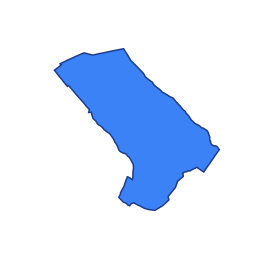 outline of Sanislau, Satu Mare, Romania, rotated 206°
{"feature_id": "2599482B43386440731502", "entity_name": "Sanislau", "entity_type": "district", "adm_level": 2, "iso_a3": "ROU", "parent_name": "Romania", "parent_adm1": "Satu Mare", "projection": "mercator", "projection_center": [22.273, 47.65], "detail": "fine", "context": "isolated", "style": "filled", "palette": "blue", "viewbox_px": 256, "rotation_deg": 206, "n_neighbors": 0, "source": "geoboundaries", "source_scale": "gbopen_adm2", "svg_char_len": 5575}
<svg xmlns="http://www.w3.org/2000/svg" viewBox="0 0 256 256"><g transform="rotate(206 128 128)"><path d="M217.3,155.9L217.2,155.8L215.6,155.5L218.3,149.9L219.5,147.7L218.4,147.2L216.4,146.2L212.5,144.3L211.1,143.6L209.8,143.1L208.1,142.3L207.0,141.7L206.0,141.2L205.9,141.2L202.9,139.8L200.8,138.9L200.4,140.0L198.9,139.6L196.7,138.7L193.2,137.2L193.3,137.2L192.4,136.7L192.1,136.7L190.2,135.8L187.8,134.8L186.5,134.3L179.5,131.4L178.2,130.8L176.4,129.9L175.5,129.5L174.2,129.0L171.5,127.9L171.2,127.8L170.8,127.7L170.6,126.8L170.1,124.7L168.9,125.5L168.7,125.6L168.4,125.8L167.8,126.1L166.7,124.5L166.4,124.2L165.3,123.0L164.6,122.3L164.1,121.6L163.9,121.5L163.7,121.3L163.5,121.2L163.2,121.1L162.5,120.9L161.3,120.6L160.8,120.4L160.1,120.2L159.2,119.7L158.8,119.5L158.5,119.4L158.3,119.2L158.1,119.0L157.9,118.7L157.7,118.5L157.5,118.4L157.2,118.3L156.9,118.2L156.6,118.2L155.8,118.0L155.3,117.9L154.5,117.9L153.6,117.8L152.9,117.7L152.1,117.5L151.1,117.2L150.3,116.8L149.3,116.3L148.5,116.0L147.2,115.7L146.4,115.6L145.0,115.3L143.3,115.1L142.2,114.8L141.7,114.7L140.8,114.3L140.3,114.1L139.2,113.4L136.1,111.6L135.4,111.1L135.0,110.7L133.9,109.7L132.8,109.1L131.4,108.4L130.3,107.7L130.0,107.4L129.6,107.1L129.2,106.7L128.0,105.6L127.8,105.4L127.3,104.9L126.8,104.4L126.5,104.2L126.3,104.0L125.7,103.8L125.2,103.6L124.9,103.5L123.7,103.4L122.4,103.3L121.7,103.3L120.4,103.6L119.4,103.7L119.0,103.7L117.9,103.6L117.6,103.5L117.4,103.4L117.1,103.3L116.5,102.7L116.3,102.7L115.2,102.4L114.7,102.3L114.0,102.1L113.7,101.9L112.5,101.3L112.1,101.1L111.7,100.8L110.3,99.8L109.2,99.0L108.1,98.2L107.7,97.9L107.1,97.1L105.9,95.2L105.7,94.9L105.5,94.3L105.3,93.7L104.6,91.5L103.4,88.7L102.7,87.3L102.0,85.7L101.4,84.2L101.4,83.4L103.5,83.8L104.9,84.0L106.1,84.1L107.1,83.8L107.0,83.7L107.0,82.9L107.0,82.5L107.0,82.1L107.0,81.5L107.0,80.6L106.8,79.4L106.8,79.2L106.7,78.3L106.6,77.9L106.5,76.5L106.3,75.5L106.2,75.1L106.0,74.6L106.1,73.5L106.2,70.8L106.3,68.4L106.3,67.4L106.3,67.0L106.3,66.5L106.2,66.2L105.9,65.3L105.9,64.6L105.9,64.2L105.9,63.6L105.9,63.2L105.9,62.3L105.9,61.7L104.9,61.2L101.8,60.1L100.5,59.6L99.9,59.4L99.5,59.3L99.2,59.3L98.6,59.4L97.3,59.6L96.8,59.6L95.4,59.2L94.9,58.7L93.7,58.7L92.4,58.8L92.3,59.7L92.0,60.9L91.5,61.8L90.2,63.2L89.6,63.2L87.2,63.1L86.8,63.1L84.8,63.0L84.0,63.2L83.0,63.2L81.5,63.1L80.5,63.1L78.1,63.0L77.5,63.1L76.6,63.2L75.3,63.5L74.1,63.6L72.6,64.2L71.9,64.3L69.8,65.1L69.0,65.4L67.7,65.8L66.0,68.4L65.3,69.5L63.9,71.7L63.1,72.9L62.8,73.5L61.4,76.9L60.6,78.8L59.7,81.4L60.9,82.8L62.0,84.1L61.7,85.1L61.1,87.6L60.1,91.7L59.7,93.7L59.3,95.3L59.5,97.2L59.7,99.1L60.0,101.6L60.0,102.0L59.8,102.5L58.9,104.4L58.8,104.9L58.1,106.3L57.2,108.3L57.1,108.8L57.9,110.1L58.3,110.5L59.0,111.1L58.4,112.3L57.8,113.5L56.3,114.2L55.2,115.8L53.5,116.6L52.0,118.8L51.2,119.9L50.3,120.9L49.3,122.3L48.7,123.0L47.7,122.6L45.7,122.4L43.6,122.0L41.6,121.8L40.6,121.6L40.3,123.4L40.1,125.3L39.7,127.9L39.6,128.5L39.3,130.2L39.2,130.8L38.9,132.9L38.5,135.7L38.3,137.0L37.9,139.4L37.7,141.2L37.2,144.2L37.1,145.1L36.6,147.9L36.5,148.7L36.8,148.7L37.7,149.2L38.9,149.9L39.2,150.1L39.9,150.4L40.2,150.4L41.0,150.4L41.3,150.4L41.5,150.4L42.1,150.0L42.5,149.8L42.8,149.7L43.2,149.7L44.5,149.7L45.2,149.7L45.5,149.8L46.2,150.2L46.6,150.4L47.0,150.8L47.3,151.1L47.5,151.4L47.6,151.8L48.3,152.5L48.5,152.7L48.7,152.8L48.9,152.9L49.1,153.0L49.4,153.4L49.6,153.7L49.9,154.1L50.0,154.3L50.1,154.5L50.3,155.1L50.4,155.5L50.5,155.6L50.7,155.8L51.0,156.2L51.5,156.6L51.8,156.8L52.0,157.0L52.6,157.7L52.7,157.8L52.8,158.0L53.5,158.7L54.0,159.2L55.1,159.8L55.7,160.3L56.1,160.4L56.5,160.5L57.0,160.5L58.7,160.7L60.1,160.9L61.0,160.7L61.8,160.5L62.0,160.5L62.3,160.6L62.9,160.8L63.2,160.8L63.5,160.9L64.0,161.0L64.3,161.2L64.5,161.2L64.9,161.3L65.2,161.3L66.1,161.4L66.4,161.4L66.9,161.5L67.2,161.5L67.4,161.4L68.0,161.4L68.4,161.4L68.8,161.4L69.4,161.5L70.4,161.6L70.6,161.6L70.8,161.7L71.2,161.9L71.8,162.1L72.2,162.3L72.6,162.5L73.0,162.5L73.4,162.6L73.8,162.7L74.1,162.7L74.3,162.8L74.9,163.2L76.2,163.9L77.3,164.6L77.5,164.7L78.0,165.0L78.5,165.2L78.8,165.4L79.4,165.7L79.6,165.8L80.3,166.1L80.6,166.2L80.8,166.3L81.1,166.3L81.6,166.4L81.9,166.4L82.4,166.9L83.9,168.0L84.1,168.0L84.4,168.1L84.8,168.2L85.2,168.3L85.6,168.3L85.8,168.4L87.2,169.0L87.9,169.3L88.2,169.5L88.4,169.6L88.6,169.6L89.1,169.8L89.6,170.1L89.9,170.2L90.6,170.6L90.9,170.7L91.2,170.8L92.2,171.1L92.5,171.2L93.4,171.6L94.3,172.0L95.4,172.3L96.2,172.7L96.3,172.7L96.8,172.9L97.1,173.0L97.4,173.2L98.2,173.6L99.4,174.1L100.5,174.6L100.8,174.6L101.9,174.6L102.4,174.6L103.3,174.6L104.9,174.6L106.1,174.8L107.0,174.9L108.3,175.0L109.1,175.1L109.8,175.2L110.5,175.2L111.0,175.3L112.1,175.2L112.6,175.2L113.4,175.4L114.0,175.7L114.4,175.9L115.1,176.1L115.6,176.3L116.2,176.5L116.7,176.6L118.5,177.0L119.0,177.0L120.0,177.2L120.5,177.3L123.1,178.0L123.4,178.1L124.1,178.5L124.7,178.8L125.6,179.5L126.3,179.9L126.9,180.0L128.2,180.1L130.1,180.4L132.8,181.0L133.5,181.3L135.0,181.6L135.3,181.8L135.6,182.0L135.9,182.2L136.6,182.9L136.8,183.1L137.5,183.5L139.0,184.3L139.8,184.6L141.0,184.9L142.0,185.4L143.6,185.9L144.3,186.2L145.4,186.5L146.3,186.9L150.3,188.3L151.9,188.9L153.6,189.4L154.0,189.6L154.5,189.7L154.9,189.9L155.4,190.1L156.9,191.1L157.5,191.5L158.2,191.9L158.6,192.3L160.0,193.2L160.8,193.7L161.6,194.2L163.5,195.3L166.7,197.3L170.6,194.4L172.2,193.2L176.8,189.7L182.7,185.0L186.1,182.5L190.2,179.2L191.1,178.5L192.2,177.9L199.4,176.5L200.3,176.2L200.8,176.0L202.1,174.4L205.9,170.0L207.9,167.5L211.5,163.2L214.0,160.0L217.3,155.9Z" fill="#3b82f6" stroke="#1e3a8a" stroke-width="1.5"/></g></svg>